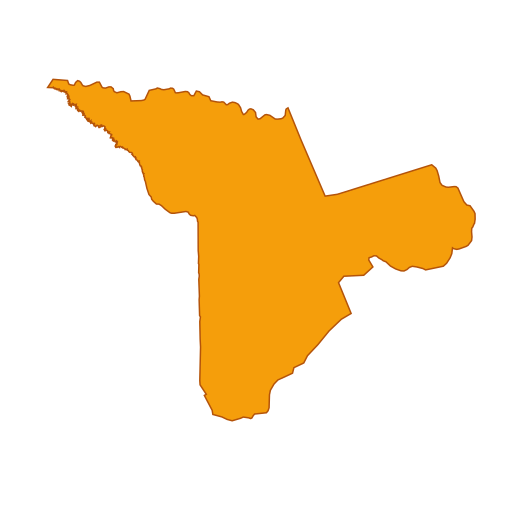 outline of Kabo, Ouham, Central African Republic, rotated 273°
{"feature_id": "33826404B79989829713557", "entity_name": "Kabo", "entity_type": "district", "adm_level": 2, "iso_a3": "CAF", "parent_name": "Central African Republic", "parent_adm1": "Ouham", "projection": "orthographic", "projection_center": [18.904, 7.84], "detail": "fine", "context": "isolated", "style": "filled", "palette": "amber", "viewbox_px": 512, "rotation_deg": 273, "n_neighbors": 0, "source": "geoboundaries", "source_scale": "gbopen_adm2", "svg_char_len": 5955}
<svg xmlns="http://www.w3.org/2000/svg" viewBox="0 0 512 512"><g transform="rotate(273 256 256)"><path d="M317.4,467.1L317.9,463.9L321.2,460.7L334.4,454.1L335.7,452.2L335.7,450.2L334.7,444.5L334.8,442.2L336.3,438.1L339.0,435.9L345.3,434.3L350.7,432.4L353.2,430.9L356.3,426.7L321.9,334.1L319.4,321.9L374.4,294.8L405.6,280.2L404.4,278.5L403.2,278.1L397.9,277.8L395.1,275.5L394.4,273.9L393.8,270.4L393.8,268.0L397.2,262.5L397.8,259.0L397.4,257.5L393.3,252.9L392.8,250.9L395.0,248.8L399.3,248.0L401.9,245.6L402.7,243.2L402.4,241.8L401.3,240.5L398.9,239.1L396.8,236.9L396.6,236.0L399.5,234.1L403.3,232.8L406.5,230.5L407.3,229.0L408.1,226.9L408.4,224.4L407.2,221.5L405.7,219.8L405.5,218.4L408.0,215.7L408.2,214.0L407.7,212.1L407.8,209.0L408.7,202.7L412.6,200.7L414.1,194.2L417.1,190.9L417.6,187.8L412.8,185.5L412.7,183.0L413.9,181.4L415.4,180.5L416.5,179.0L416.6,176.8L414.9,169.7L414.7,167.6L414.9,166.9L418.3,165.1L419.1,163.9L419.2,161.9L418.4,160.6L417.2,155.3L417.4,152.8L418.1,151.3L418.6,148.6L417.7,147.4L415.8,140.7L406.6,137.0L405.8,135.7L405.2,133.3L404.3,123.1L409.1,121.7L411.0,120.7L413.3,115.2L413.0,112.5L411.7,108.5L412.7,105.9L413.8,105.1L415.6,104.7L417.3,102.4L417.2,100.3L415.8,96.9L415.9,94.5L416.5,93.4L421.4,90.5L421.3,88.0L417.6,81.1L416.4,77.1L416.9,74.5L417.8,73.5L420.1,72.0L421.3,70.6L421.8,68.7L419.9,66.8L417.1,65.6L416.9,64.4L417.3,61.5L418.0,60.0L421.4,58.6L421.8,44.1L413.4,39.1L413.4,44.2L414.0,44.7L413.1,45.5L413.1,46.1L412.6,45.8L412.4,46.3L412.9,46.6L411.8,48.0L411.9,48.4L412.3,48.1L412.6,48.2L412.4,49.0L411.6,49.6L412.1,49.7L412.5,50.5L411.9,50.6L412.0,51.0L411.5,51.6L411.0,51.5L411.2,51.9L411.0,52.6L410.4,52.4L410.1,52.6L410.0,53.0L410.6,53.0L411.0,53.5L410.9,54.1L410.4,54.3L410.3,54.8L411.4,55.6L410.7,56.3L410.4,55.8L409.9,55.9L410.1,57.9L409.3,57.4L409.2,58.0L408.0,57.9L408.3,58.8L408.0,58.7L407.7,59.6L407.0,60.0L406.7,59.4L405.7,59.3L405.6,59.6L406.2,60.4L405.9,60.7L405.3,60.8L405.1,60.0L404.8,60.5L404.4,60.7L404.5,59.5L404.0,59.8L403.2,59.6L403.2,61.1L402.7,61.8L402.3,61.3L401.4,61.6L401.1,60.8L400.4,60.3L400.1,60.4L400.4,61.3L400.0,62.1L399.4,61.9L398.6,62.3L398.3,62.0L398.8,61.8L398.4,61.1L398.0,61.8L397.4,61.3L397.0,61.4L396.7,62.2L397.2,62.2L397.4,62.7L396.4,62.8L395.8,63.7L397.5,63.7L398.8,64.8L398.6,65.3L398.2,64.8L397.0,65.4L397.1,66.1L397.8,66.5L397.5,67.0L398.0,68.4L397.2,68.1L396.6,68.6L396.2,67.7L395.8,67.8L395.5,68.2L396.2,68.8L395.7,68.9L395.4,69.9L394.9,69.1L394.2,68.5L393.7,68.5L393.8,70.6L393.2,70.6L393.2,70.2L392.1,70.2L391.2,71.3L391.5,71.5L392.0,71.0L392.6,72.0L392.4,72.4L391.5,72.8L391.8,73.1L391.5,73.6L391.8,74.6L391.4,75.1L391.5,75.8L391.2,76.0L390.6,75.6L390.6,74.8L390.3,74.7L389.6,75.2L390.2,75.6L390.3,76.2L389.8,76.3L389.3,76.8L388.5,75.8L387.5,75.7L387.4,76.0L387.9,76.7L387.8,77.3L386.9,78.3L386.2,77.9L385.5,77.9L385.4,78.6L384.6,79.1L384.6,80.7L384.2,80.1L383.4,79.8L383.1,80.2L383.4,81.4L382.4,80.8L381.8,81.2L381.7,81.6L382.7,82.2L382.1,82.2L381.3,83.0L382.4,84.0L381.6,84.0L381.3,84.6L380.9,83.9L379.9,84.1L380.3,84.9L379.8,86.2L380.0,87.7L379.4,87.9L379.1,86.8L377.5,87.6L377.6,88.1L376.8,89.1L378.2,90.2L378.2,90.9L377.6,91.4L377.7,92.3L376.9,92.1L376.1,92.4L376.2,93.3L377.6,94.4L378.5,94.0L378.8,94.7L378.7,95.1L377.2,95.5L378.0,97.1L377.2,98.4L375.6,98.2L375.6,98.9L375.1,99.3L374.4,97.8L373.1,98.6L373.7,100.1L373.4,101.1L371.7,101.5L372.3,102.3L372.2,103.0L371.6,102.5L370.7,102.7L370.8,103.4L370.3,103.9L369.8,105.5L369.3,105.6L368.2,104.6L367.5,104.8L366.4,104.3L366.3,104.7L366.8,105.1L366.7,106.6L366.2,106.8L366.1,107.7L365.2,107.6L365.9,107.2L365.6,106.4L365.1,106.6L364.7,107.5L364.0,106.8L363.3,107.6L364.1,108.7L362.8,109.2L362.5,110.1L363.7,110.7L362.9,111.6L362.0,111.4L361.3,110.8L360.7,111.4L359.9,111.1L360.2,110.6L359.9,110.1L359.1,110.1L358.4,109.6L357.1,110.3L357.2,111.3L357.6,111.3L357.6,111.8L357.1,112.4L357.5,112.2L357.9,113.1L357.5,113.7L358.0,113.6L357.9,114.0L358.4,114.6L357.5,116.1L358.0,116.6L357.6,117.1L357.1,117.2L357.3,117.6L357.0,117.8L356.1,119.5L355.5,119.8L355.9,120.2L355.4,121.2L355.9,121.7L354.9,122.0L354.6,123.0L353.8,123.3L352.9,124.5L352.8,126.5L351.8,127.2L351.2,126.8L351.1,127.3L350.2,127.5L350.1,128.0L349.7,128.1L348.5,129.3L348.8,130.3L347.7,130.4L347.5,131.1L346.8,130.7L345.9,131.3L345.6,132.1L344.5,133.2L344.6,133.7L344.1,133.3L343.7,133.8L343.9,134.4L343.6,134.7L342.8,134.6L341.0,135.2L339.9,135.8L340.0,136.3L339.5,136.7L338.6,136.9L338.7,137.1L336.6,137.6L336.4,138.0L334.9,137.9L333.5,138.7L333.3,138.5L332.5,139.0L332.4,139.5L332.1,139.2L330.0,139.9L329.5,139.8L328.8,140.3L326.2,140.8L324.7,141.6L317.9,143.5L311.8,145.9L309.4,148.3L307.3,148.8L305.3,150.6L302.7,153.8L302.7,156.5L301.3,159.0L298.1,162.7L294.8,167.7L294.3,169.2L294.4,172.1L296.8,183.7L296.3,185.9L294.2,187.3L293.2,188.7L292.9,191.4L293.3,192.7L291.4,194.7L290.1,195.4L287.6,195.8L286.7,196.4L258.3,198.0L252.6,198.8L245.5,198.9L244.7,199.4L236.2,199.6L235.3,200.1L233.0,200.4L229.7,200.1L212.8,201.6L209.4,201.5L193.5,202.8L192.3,203.7L187.6,203.3L170.0,204.6L162.1,205.4L128.6,206.4L124.4,206.9L115.3,213.6L114.1,211.7L99.6,220.3L95.5,221.2L93.5,230.4L91.3,235.7L90.2,240.8L93.1,249.0L94.5,251.7L94.0,257.2L93.4,259.2L94.1,260.4L96.1,261.4L98.1,262.8L100.0,274.6L102.0,276.1L105.1,277.0L118.2,276.7L122.7,277.4L129.1,280.7L133.4,284.4L140.9,298.6L146.5,299.7L151.7,309.3L159.1,312.6L170.8,322.5L185.0,332.9L197.3,344.5L203.6,354.0L233.7,339.8L240.4,344.8L242.4,364.6L251.2,373.3L257.9,368.8L260.2,369.0L261.1,371.5L262.4,373.7L262.4,376.3L260.4,378.8L258.9,381.9L257.9,383.3L257.0,386.1L253.0,390.8L250.4,396.1L248.8,401.5L248.8,404.6L250.4,407.5L252.6,409.7L253.9,412.6L253.5,417.0L252.2,423.4L251.0,426.1L255.6,443.6L258.7,446.7L264.3,449.9L268.6,451.4L274.4,451.8L273.7,452.9L273.1,456.1L273.7,458.5L276.6,465.4L277.8,467.2L282.7,470.5L286.3,470.7L291.5,470.0L295.0,470.0L296.2,470.9L299.3,472.0L300.0,472.5L304.2,472.9L309.8,472.5L312.1,471.3L317.4,467.1Z" fill="#f59e0b" stroke="#b45309" stroke-width="1.5"/></g></svg>